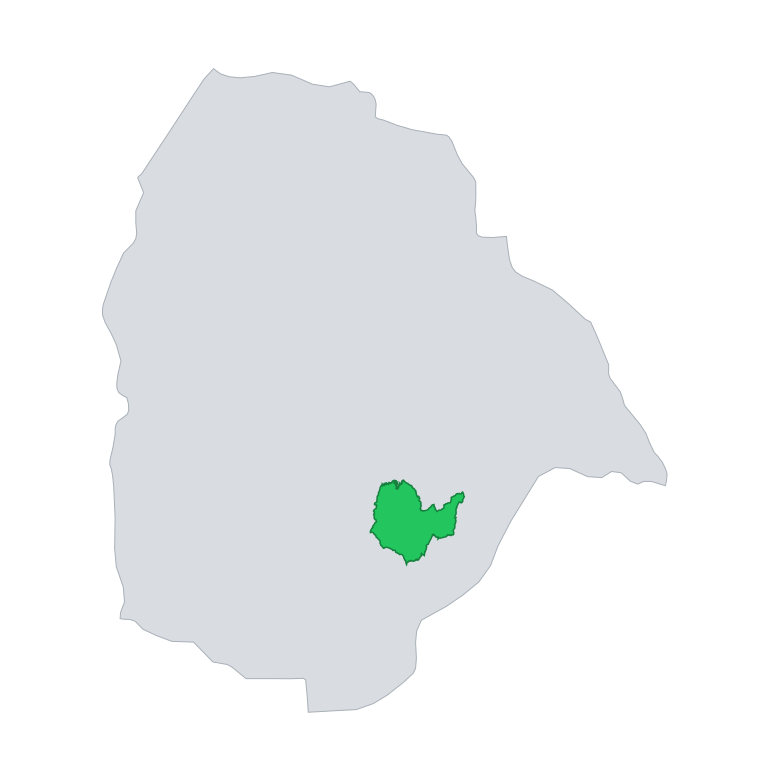 location of Gokwe North, Midlands, Zimbabwe, rotated 177°
{"feature_id": "62879985B87269615821372", "entity_name": "Gokwe North", "entity_type": "district", "adm_level": 2, "iso_a3": "ZWE", "parent_name": "Zimbabwe", "parent_adm1": "Midlands", "projection": "equal_earth", "projection_center": [28.8, -17.557], "detail": "fine", "context": "in_parent", "style": "filled", "palette": "green", "viewbox_px": 768, "rotation_deg": 177, "n_neighbors": 0, "source": "geoboundaries", "source_scale": "gbopen_adm2", "svg_char_len": 8209}
<svg xmlns="http://www.w3.org/2000/svg" viewBox="0 0 768 768"><g transform="rotate(177 384 384)"><path d="M537.7,707.8L531.3,702.4L522.6,698.9L511.5,697.3L497.0,697.9L479.2,700.9L460.2,697.3L439.9,687.2L423.0,683.6L402.8,688.0L401.9,688.1L398.4,684.7L392.9,677.2L383.7,675.9L381.2,674.2L379.1,671.4L377.8,667.9L377.2,664.0L378.7,651.8L377.9,650.4L375.5,649.0L370.4,647.5L358.3,642.0L343.0,636.6L318.2,630.7L308.5,629.2L306.3,627.4L303.5,622.9L298.7,608.8L294.2,599.6L283.5,585.2L281.8,580.8L282.3,569.4L283.0,560.2L284.2,552.4L283.6,545.1L283.4,536.0L283.8,529.9L282.3,527.3L278.4,525.5L267.4,524.6L254.0,525.0L253.5,515.8L252.2,501.5L249.7,493.2L246.6,488.9L240.4,484.5L227.9,478.4L210.9,469.0L196.3,455.3L179.6,438.1L174.4,435.1L168.2,419.0L158.6,391.4L159.2,382.2L157.8,377.7L148.6,364.1L146.5,357.1L144.9,349.9L130.2,330.0L125.2,321.3L121.4,310.2L117.6,301.2L114.4,297.6L110.2,291.5L107.3,284.6L106.0,279.4L107.0,272.5L108.4,267.7L122.2,272.7L129.8,273.1L135.7,270.7L143.0,273.9L151.8,283.0L161.3,284.7L171.5,279.1L185.4,280.8L202.9,289.8L217.4,291.6L234.6,283.6L249.9,261.5L264.4,240.6L278.5,216.6L287.1,197.1L299.7,181.3L316.3,169.1L333.2,158.8L359.1,146.1L364.3,135.7L366.0,124.3L366.0,108.5L367.4,98.2L370.1,93.5L374.4,89.9L380.0,85.2L397.1,73.1L411.4,65.4L428.9,60.3L448.0,60.3L466.4,60.2L476.8,60.2L477.0,75.4L477.7,92.6L479.8,94.3L493.6,94.6L515.8,95.9L537.2,97.0L550.8,109.4L555.3,112.1L569.5,115.4L587.6,136.2L609.3,138.1L624.3,144.6L637.5,151.7L645.0,160.2L649.9,162.1L656.6,162.8L659.8,163.5L659.0,169.7L654.5,180.1L655.0,194.9L660.9,215.5L661.6,233.5L659.5,265.0L659.3,295.6L659.8,306.5L660.8,313.7L662.0,317.6L661.7,322.1L658.0,334.9L655.0,348.4L654.8,353.8L653.7,357.6L651.5,360.9L642.0,367.1L640.3,371.0L640.3,377.9L641.5,383.8L645.0,385.9L649.3,389.2L650.9,393.6L650.9,398.2L649.4,406.7L645.5,420.8L649.2,437.1L653.3,447.6L659.1,459.7L661.4,467.2L661.3,472.6L660.3,477.8L651.4,500.0L644.9,513.8L637.1,528.6L626.9,537.8L624.2,542.3L623.1,547.3L623.4,558.4L622.8,569.9L614.0,587.7L619.2,602.9L618.0,604.3L615.0,606.5L602.4,623.7L589.6,641.0L580.3,653.7L569.7,668.1L557.9,684.3L547.7,698.0L537.7,707.8Z" fill="#d9dde1" stroke="#a8b0b8" stroke-width="1"/><path d="M311.2,272.0L311.6,271.8L312.6,270.3L314.1,270.2L314.7,270.8L315.8,270.5L316.4,270.7L317.2,270.5L317.7,270.3L318.0,269.7L318.7,268.8L320.4,268.4L321.4,267.6L322.6,267.4L322.8,267.0L322.9,265.3L323.4,263.2L324.2,261.9L326.5,261.9L327.2,261.3L328.7,261.1L328.9,260.6L329.6,260.3L330.1,260.4L330.3,260.3L330.6,259.7L330.5,258.4L330.6,257.1L331.3,256.6L331.6,256.6L333.0,255.8L333.7,255.0L335.7,255.2L337.6,253.9L339.4,256.2L339.2,256.5L339.7,258.2L340.0,258.7L340.6,259.1L340.3,260.0L340.3,260.7L340.5,261.1L342.2,260.7L343.1,259.6L343.5,259.3L343.8,258.7L345.4,257.7L346.9,256.0L349.8,255.3L350.9,255.4L351.4,255.1L352.3,255.6L353.8,255.7L353.9,256.1L353.8,257.3L353.9,257.5L354.3,257.5L354.2,258.2L353.2,260.5L353.5,261.3L353.4,261.7L353.6,262.2L353.3,262.9L353.5,264.3L354.0,264.7L354.4,265.4L354.7,265.3L355.2,266.1L354.8,267.4L354.3,267.7L354.6,268.5L354.8,268.8L354.9,269.5L355.4,270.1L356.5,269.6L356.4,270.1L357.0,270.6L357.6,272.9L357.7,273.5L357.5,273.9L357.9,274.5L357.8,274.9L357.9,275.8L358.6,276.2L358.9,277.2L359.6,278.1L361.0,278.9L361.3,279.6L361.2,280.0L361.7,280.9L362.2,281.3L362.6,281.2L363.2,281.7L364.3,282.1L364.5,282.2L364.6,282.6L365.5,283.2L365.5,283.5L365.9,283.5L367.6,284.6L368.7,285.7L369.4,286.9L369.7,287.0L370.2,286.8L370.2,286.2L370.4,285.8L371.1,286.1L371.3,285.4L371.6,285.1L371.6,284.5L371.5,284.4L371.1,284.5L371.1,284.3L371.4,284.1L371.6,283.1L371.9,283.1L372.0,283.3L371.8,284.1L371.9,284.4L372.2,284.3L372.3,283.9L372.7,284.4L372.5,283.5L372.7,283.4L373.0,283.7L372.8,283.4L373.1,283.1L373.3,283.2L373.4,282.6L373.7,282.9L373.8,283.5L374.0,283.0L373.9,282.6L374.3,282.5L374.0,281.8L374.6,281.6L374.7,280.9L374.9,280.8L374.8,280.3L375.1,279.4L375.9,278.6L376.1,279.2L377.1,278.7L377.5,278.9L377.5,279.3L377.1,279.8L376.4,279.4L376.0,279.7L376.2,280.2L376.2,280.5L377.3,281.3L377.6,282.2L377.4,282.4L376.3,281.8L376.5,282.7L376.7,283.2L376.6,283.4L376.2,283.3L375.7,283.5L375.7,283.8L376.3,283.7L376.4,284.1L375.8,285.0L376.2,284.9L376.4,285.4L376.6,284.8L377.2,284.0L377.6,284.1L378.3,283.7L378.5,284.0L378.0,285.0L378.3,285.2L378.7,285.0L378.5,285.5L378.0,286.0L377.4,286.6L377.0,286.7L377.2,286.9L378.3,286.7L378.5,286.8L378.5,287.2L379.0,287.3L379.3,286.9L379.4,287.0L379.8,286.8L379.8,286.6L380.2,286.6L380.3,286.2L380.4,286.3L380.5,286.0L380.9,286.1L381.0,285.7L381.5,285.4L381.4,285.2L381.6,285.0L381.6,284.8L381.9,284.7L382.0,285.1L382.3,285.0L382.5,284.7L382.6,284.9L382.9,285.0L383.2,284.7L383.2,284.4L383.7,284.5L383.8,284.7L383.6,284.7L383.5,285.0L384.1,285.4L384.6,284.6L384.6,284.1L384.8,284.0L384.9,283.7L385.0,283.8L385.0,284.2L385.3,284.5L385.4,284.4L385.2,284.1L385.3,283.9L386.0,283.9L386.3,284.8L386.3,283.8L386.8,283.6L386.8,284.0L386.6,283.9L386.5,284.2L386.7,284.3L386.7,285.0L386.9,285.2L387.3,285.0L387.1,284.6L387.3,284.0L387.7,284.3L387.8,284.1L387.7,283.8L387.9,283.8L388.1,284.4L388.3,284.5L388.3,283.8L388.7,283.9L388.7,283.5L388.4,283.5L389.0,283.1L389.3,283.4L389.3,283.2L389.4,283.3L389.6,283.0L390.3,283.9L390.8,283.7L391.0,284.1L391.2,283.0L391.4,283.3L391.7,283.1L391.4,282.7L392.0,282.7L393.2,281.0L394.0,277.9L395.2,275.6L395.4,274.8L395.3,273.6L396.6,272.3L397.2,267.9L397.1,267.1L397.6,266.3L398.9,266.0L399.7,265.0L399.8,264.5L399.7,264.0L399.2,263.7L398.7,264.0L398.3,263.9L397.8,263.4L397.7,262.7L398.2,261.8L398.1,260.6L398.2,260.3L400.2,259.1L401.1,257.7L401.1,257.4L400.5,256.8L400.3,255.6L400.3,255.3L401.0,254.7L401.2,254.1L400.7,253.4L400.8,252.9L400.7,251.6L400.9,250.7L399.9,249.0L399.3,249.0L398.8,246.9L399.5,246.2L400.2,246.0L401.0,244.5L402.6,242.6L402.8,242.1L402.6,241.2L403.4,240.8L404.4,239.5L405.3,237.6L405.4,236.3L405.2,236.2L404.3,236.8L403.8,236.8L402.2,235.7L401.6,234.3L400.5,233.6L400.1,232.9L399.8,231.4L399.2,231.1L397.4,228.9L396.4,228.0L396.1,227.0L396.3,225.3L395.8,224.1L395.7,223.2L394.3,221.9L393.6,220.5L393.1,220.0L392.6,219.9L391.7,220.7L391.2,220.8L389.6,220.7L387.9,220.2L385.5,218.8L384.7,218.7L384.5,218.2L383.9,217.3L381.5,217.4L381.4,217.1L381.3,216.0L381.1,215.3L380.4,215.2L379.5,214.3L378.3,214.1L377.6,212.9L375.3,213.0L374.7,212.6L374.3,211.8L373.6,210.9L373.1,208.7L372.7,208.0L372.6,207.2L372.1,207.1L371.8,206.7L371.4,204.7L371.4,204.0L370.9,202.6L370.3,204.5L369.8,205.0L369.2,204.9L368.5,205.5L368.5,205.9L368.1,206.1L366.6,205.6L366.2,206.3L365.9,206.1L365.6,206.2L364.4,205.8L364.3,205.5L363.6,205.5L362.2,206.0L362.1,206.5L361.8,206.7L361.5,206.3L361.3,206.4L361.0,207.0L360.8,206.6L360.5,206.5L360.3,207.1L360.1,207.1L359.9,207.1L359.5,206.4L359.0,206.7L358.7,206.6L358.3,206.9L358.3,207.4L357.9,208.4L357.3,208.5L357.1,209.0L356.6,209.6L355.8,210.2L355.6,210.8L355.7,211.1L355.7,212.0L355.5,211.9L355.4,212.1L355.4,211.8L355.2,211.6L355.0,211.8L355.0,212.1L354.8,211.8L354.1,211.4L353.7,211.4L352.7,210.6L352.5,211.6L352.6,211.8L352.0,213.6L352.2,214.1L351.7,214.4L350.4,217.0L350.4,217.6L349.9,219.0L350.4,220.2L350.3,220.4L349.7,221.1L349.1,221.5L348.6,221.4L348.1,221.7L347.7,223.0L347.1,223.7L346.9,224.4L344.9,227.5L344.4,228.8L343.6,229.8L343.2,230.0L343.3,230.4L343.7,230.9L343.4,231.1L342.9,231.2L342.6,230.9L342.4,231.1L342.2,230.9L342.1,231.1L341.0,229.6L340.8,229.7L340.7,228.9L340.4,228.5L339.5,228.5L339.0,228.2L338.6,228.3L338.8,227.8L337.8,227.1L338.0,226.5L337.3,227.0L337.5,227.7L336.0,227.1L329.8,228.3L329.0,229.4L328.8,229.2L328.6,229.3L328.1,230.0L327.8,229.7L327.2,229.6L326.4,229.9L325.9,229.3L325.4,229.8L325.1,229.9L324.7,229.3L323.6,229.9L323.1,229.8L322.8,230.0L322.6,229.9L322.3,230.2L322.1,232.3L322.6,233.6L322.6,234.2L320.9,236.5L320.6,238.3L320.9,239.9L320.2,240.7L320.0,241.3L319.6,242.0L319.6,243.4L319.3,243.7L319.7,245.4L319.1,246.8L320.1,246.7L320.3,246.8L320.3,247.2L319.6,249.3L318.8,250.6L318.7,253.7L318.8,254.7L318.5,255.1L318.6,255.5L318.4,255.7L318.3,256.2L317.6,256.7L317.9,257.3L317.7,258.2L317.0,258.8L316.5,260.1L314.9,262.3L314.6,262.4L313.9,261.6L313.0,261.3L312.5,261.9L311.9,262.0L311.6,262.8L311.4,263.0L311.6,263.6L311.4,264.3L309.7,267.3L310.0,267.6L310.5,270.7L311.2,272.0Z" fill="#22c55e" stroke="#15803d" stroke-width="1.5"/></g></svg>